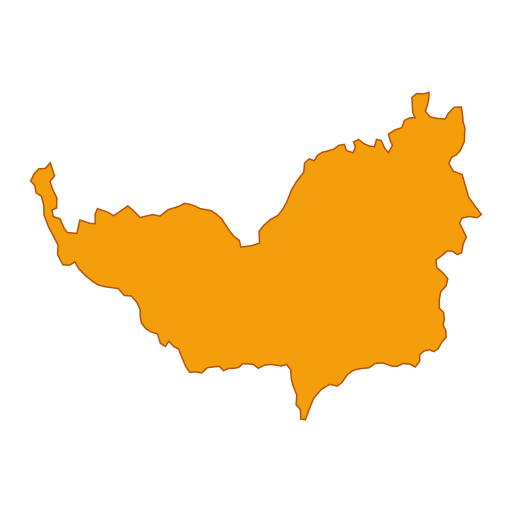 Abatiá, Paraná, Brazil
{"feature_id": "56859067B75283537526286", "entity_name": "Abatiá", "entity_type": "district", "adm_level": 2, "iso_a3": "BRA", "parent_name": "Brazil", "parent_adm1": "Paraná", "projection": "equal_earth", "projection_center": [-50.32, -23.304], "detail": "fine", "context": "isolated", "style": "filled", "palette": "amber", "viewbox_px": 512, "rotation_deg": 0, "n_neighbors": 0, "source": "geoboundaries", "source_scale": "gbopen_adm2", "svg_char_len": 2790}
<svg xmlns="http://www.w3.org/2000/svg" viewBox="0 0 512 512"><path d="M415.3,367.0L419.7,361.2L419.7,354.9L424.0,351.0L429.3,349.7L433.8,351.7L438.2,348.7L441.9,341.9L446.1,337.3L445.8,330.7L443.2,324.9L444.3,318.9L443.6,312.4L439.3,308.2L439.3,299.5L440.7,291.8L446.1,285.9L447.8,278.7L442.7,272.7L436.8,267.5L435.9,260.0L443.2,254.5L447.4,250.9L452.2,251.2L457.3,254.5L461.6,252.8L463.2,243.9L466.4,237.1L459.6,223.0L462.0,218.0L469.3,216.5L477.4,217.7L481.3,214.4L474.0,204.6L468.6,197.2L464.7,183.4L462.1,174.5L453.4,171.2L448.8,163.4L451.5,157.5L456.4,154.8L460.1,150.9L464.3,141.7L464.9,128.0L463.0,121.4L462.6,115.3L461.3,107.0L454.2,107.3L448.4,113.2L445.1,119.1L435.9,118.2L430.0,116.8L425.4,111.3L427.6,104.4L428.8,98.3L429.0,92.3L423.7,93.9L416.6,93.6L411.9,97.5L412.4,105.8L412.8,112.6L415.1,117.9L409.5,117.9L404.4,120.5L401.9,127.6L395.0,129.9L388.5,134.1L389.9,139.8L392.4,145.4L388.3,152.7L384.4,147.7L381.3,140.5L376.5,139.4L374.5,146.7L369.4,146.0L364.0,143.7L358.7,139.5L353.5,141.8L355.4,147.3L353.0,152.7L346.4,150.6L344.3,144.4L338.7,145.4L333.7,149.2L327.6,151.0L322.2,152.3L317.3,155.6L314.2,160.8L309.3,158.8L304.6,163.0L303.7,172.3L296.3,181.8L291.4,190.2L286.9,201.7L282.7,209.2L278.2,215.2L270.2,219.7L263.6,225.5L259.0,231.5L259.6,242.9L251.9,245.6L240.9,247.2L239.3,240.3L234.7,237.1L231.3,233.2L227.0,227.2L221.8,219.0L216.7,214.4L211.1,210.6L200.0,208.6L194.9,206.0L189.8,204.3L184.9,203.3L178.3,206.6L172.9,208.2L168.3,209.6L159.9,216.1L152.7,214.6L140.1,217.5L133.3,210.6L127.8,205.9L121.7,210.2L113.6,215.7L107.5,212.1L97.5,208.6L95.2,213.9L95.2,223.6L89.9,223.4L79.9,220.0L76.9,233.4L67.3,232.5L64.0,228.0L60.1,218.8L53.2,216.5L52.0,210.0L56.6,207.9L56.9,198.1L52.6,189.3L50.0,181.4L54.6,175.8L50.2,162.7L45.4,168.4L38.7,168.9L34.1,173.8L30.7,181.0L34.8,185.7L36.1,192.9L41.4,196.2L43.9,206.0L43.9,214.6L48.7,227.3L53.5,236.1L58.1,245.3L57.6,254.7L62.9,264.8L69.6,265.2L74.9,261.9L78.8,268.8L86.3,276.3L93.0,281.7L98.2,284.9L106.0,286.9L113.6,287.9L118.3,288.6L124.3,295.5L131.4,296.0L136.8,302.2L140.2,309.7L140.2,316.4L141.4,322.9L145.6,328.4L150.3,331.7L157.5,334.0L160.4,343.4L165.4,346.4L168.8,341.3L174.0,346.7L178.6,349.0L182.5,358.9L185.9,366.8L189.8,372.3L195.4,371.8L201.6,373.0L207.4,367.7L213.9,366.8L219.4,366.4L223.5,370.7L228.7,368.4L234.0,368.3L238.7,367.4L242.6,363.8L247.4,363.8L253.5,364.5L258.2,368.3L264.6,365.1L269.4,364.5L274.6,364.9L281.2,366.0L286.6,364.5L290.8,370.0L291.1,377.9L292.9,385.2L296.8,395.0L296.1,404.7L300.3,409.6L300.8,419.1L305.4,419.7L310.3,406.5L313.7,398.2L321.0,389.7L329.5,384.4L337.3,386.0L341.8,382.7L347.4,374.7L353.2,370.4L357.9,369.1L363.2,368.3L368.9,367.8L375.2,363.5L382.5,362.8L391.6,366.0L397.0,366.4L403.1,363.5L409.9,364.1L415.3,367.0Z" fill="#f59e0b" stroke="#b45309" stroke-width="1.5"/></svg>